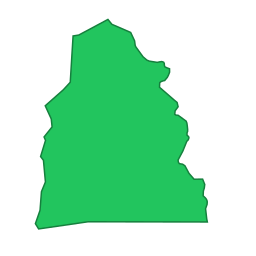 Sabine, Texas, United States of America, rotated 4°
{"feature_id": "52423323B20361031483491", "entity_name": "Sabine", "entity_type": "district", "adm_level": 2, "iso_a3": "USA", "parent_name": "United States of America", "parent_adm1": "Texas", "projection": "mercator", "projection_center": [-93.762, 31.373], "detail": "fine", "context": "isolated", "style": "filled", "palette": "green", "viewbox_px": 256, "rotation_deg": 4, "n_neighbors": 0, "source": "geoboundaries", "source_scale": "gbopen_adm2", "svg_char_len": 1195}
<svg xmlns="http://www.w3.org/2000/svg" viewBox="0 0 256 256"><g transform="rotate(4 128 128)"><path d="M213.7,216.2L212.9,213.3L211.0,203.1L212.2,198.7L212.2,196.2L211.8,194.7L211.0,193.4L210.0,192.3L207.7,190.4L207.6,185.6L208.3,182.5L208.5,179.0L206.0,173.8L197.5,174.5L192.0,169.0L187.4,161.7L185.0,160.3L181.7,160.0L180.6,158.5L180.2,156.4L184.3,147.2L187.6,137.1L188.6,136.1L189.1,135.0L189.4,133.9L189.4,133.1L188.9,132.2L187.4,131.1L187.2,128.7L187.7,127.2L187.6,125.3L187.0,121.8L186.4,119.0L185.5,117.1L177.1,111.8L174.9,111.8L173.7,111.1L173.8,107.6L176.5,103.3L175.2,99.1L172.0,96.8L156.6,85.2L156.5,82.3L156.5,80.6L157.3,79.7L158.1,79.3L159.5,78.6L161.3,78.1L163.7,74.7L164.6,72.6L165.6,69.4L165.3,66.0L162.8,65.3L160.5,64.4L160.1,63.5L159.8,62.2L159.7,61.1L159.0,59.9L157.7,59.5L156.5,59.4L155.7,59.7L155.0,59.8L152.6,60.5L144.6,59.8L142.0,58.9L138.0,55.9L130.2,46.6L129.4,45.1L128.5,40.6L124.0,32.5L104.7,25.7L100.4,21.1L72.4,38.7L66.8,40.0L67.2,86.4L60.8,94.4L43.9,111.6L50.8,124.3L52.2,132.2L44.9,142.8L46.6,146.1L42.8,162.6L45.9,166.1L49.4,187.6L46.1,197.6L46.0,216.2L42.3,229.9L45.9,234.9L94.8,224.3L213.7,216.2Z" fill="#22c55e" stroke="#15803d" stroke-width="1.5"/></g></svg>